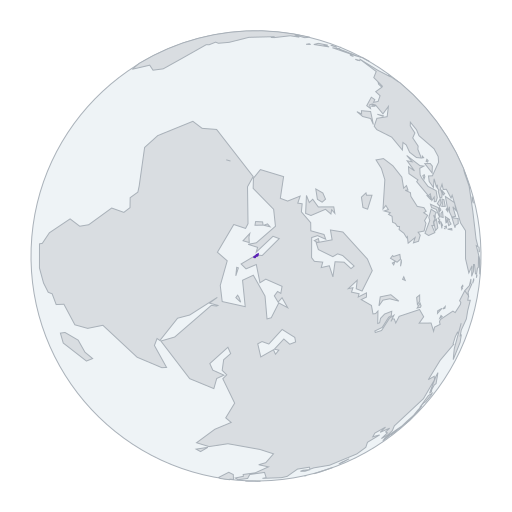 globe centered on Vlorë, rotated 92°
{"feature_id": "ALB-1504", "entity_name": "Vlorë", "entity_type": "County", "adm_level": 1, "iso_a3": "ALB", "parent_name": "Albania", "parent_adm1": "", "projection": "orthographic", "projection_center": [19.787, 40.148], "detail": "fine", "context": "on_globe", "style": "filled", "palette": "violet", "viewbox_px": 512, "rotation_deg": 92, "n_neighbors": 0, "source": "natural_earth", "source_scale": "10m", "svg_char_len": 11225}
<svg xmlns="http://www.w3.org/2000/svg" viewBox="0 0 512 512"><g transform="rotate(92 256 256)"><circle cx="256" cy="256" r="225" fill="#eef3f6" stroke="#a8b0b8"/><path d="M161.3,51.6L168.7,48.8L162.4,51.5L166.3,50.3L174.5,47.1L179.0,45.4L203.6,40.9L231.2,36.7L238.9,34.5L238.0,36.2L252.1,32.1L266.5,31.7L250.8,32.8L249.6,33.6L259.6,33.4L260.5,34.3L265.9,34.9L266.2,36.1L257.0,37.3L256.9,38.3L264.0,38.2L268.8,39.8L258.3,39.8L265.5,42.7L251.4,46.5L223.4,47.5L216.0,52.6L188.4,62.1L191.3,63.1L182.7,68.1L183.0,71.2L177.8,72.6L182.5,74.0L187.2,72.2L190.8,72.3L191.4,74.2L184.9,76.1L183.6,75.5L182.0,77.0L178.5,77.3L180.6,78.2L172.6,80.7L181.3,81.1L175.5,85.5L170.0,86.4L169.7,82.5L155.9,76.8L150.2,77.4L142.6,81.8L130.1,97.3L124.2,100.0L116.9,106.4L120.5,106.4L127.5,101.5L132.5,103.5L140.5,97.8L143.7,98.0L152.3,94.2L152.0,99.1L147.0,106.1L139.8,109.7L137.4,113.1L145.0,113.4L132.5,124.5L125.5,139.7L122.2,142.4L114.2,140.0L112.2,129.8L101.9,128.9L109.5,134.1L101.0,141.7L100.0,145.1L101.0,147.7L104.6,146.7L101.9,150.6L93.3,146.3L95.6,142.7L98.3,143.9L97.3,139.4L91.5,137.6L87.6,142.1L82.9,136.1L80.1,139.4L77.5,140.3L82.3,135.2L73.6,144.5L67.4,142.3L55.4,159.5L66.2,140.7L69.4,133.9L72.3,127.8L70.2,130.4L76.8,120.1L77.7,118.3L89.3,104.5L101.9,91.7L115.5,79.9L130.0,69.3L145.3,59.8L161.3,51.6ZM57.5,149.5L55.4,153.6L53.6,157.1L57.5,149.5ZM44.5,178.3L44.4,178.7L44.3,178.9L44.5,178.3ZM35.5,209.8L34.8,213.6L35.7,211.2L36.1,215.1L33.6,225.1L35.8,220.4L34.7,229.5L37.0,244.7L36.2,245.7L37.7,270.7L43.4,290.3L44.7,301.0L43.7,303.8L46.5,310.2L46.6,313.2L61.6,337.7L72.2,355.3L73.9,365.4L69.0,368.9L73.7,386.2L67.5,379.4L59.2,365.6L51.9,351.3L45.6,336.5L40.4,321.2L36.3,305.7L33.3,289.8L31.4,273.8L30.7,257.8L31.2,241.7L32.8,225.6L35.5,209.8ZM52.2,164.3L45.2,186.9L45.9,179.6L46.4,179.6L48.8,172.6L52.3,162.8L53.9,157.4L52.2,164.3ZM56.3,161.8L57.3,158.6L56.8,161.0L56.3,161.8ZM180.8,44.6L174.6,47.0L166.8,49.9L171.9,47.6L180.8,44.6ZM195.7,40.6L193.1,41.6L189.0,42.1L191.8,41.3L195.7,40.6ZM244.3,33.1L239.0,33.5L243.8,32.9L244.3,33.1ZM266.6,34.8L267.8,34.5L270.1,35.0L266.6,34.8ZM151.9,91.9L152.1,93.1L150.4,93.2L151.9,91.9ZM155.5,89.3L153.4,88.6L154.8,87.3L156.1,87.8L155.5,89.3ZM272.6,37.5L275.9,38.6L270.9,37.6L272.6,37.5ZM157.8,90.5L157.5,85.1L160.0,82.9L166.9,82.9L157.8,90.5ZM276.8,39.5L284.9,42.8L288.3,42.2L283.4,46.2L278.1,41.7L271.4,40.4L276.0,40.4L276.8,39.5ZM188.4,70.9L183.4,72.9L187.1,69.6L188.4,70.9ZM189.9,68.8L195.8,59.4L203.5,57.7L199.9,61.0L209.4,57.9L210.2,61.6L205.2,64.2L200.1,64.4L204.3,65.7L189.9,68.8ZM279.4,48.2L280.0,49.4L277.6,48.4L279.4,48.2ZM192.6,72.1L193.1,70.2L199.8,68.6L199.9,72.1L197.7,71.5L192.6,72.1ZM211.5,55.4L216.5,55.0L218.5,57.8L220.8,58.1L210.9,61.5L211.5,55.4ZM196.5,72.8L199.9,74.0L197.3,76.6L192.5,73.9L196.5,72.8ZM201.4,66.7L204.6,66.2L202.9,67.6L201.4,66.7ZM189.9,87.0L190.3,84.4L193.8,83.2L189.9,87.0ZM201.3,74.3L202.2,73.5L203.6,72.8L205.2,74.2L201.3,74.3ZM213.0,63.5L212.8,64.9L217.2,62.2L218.9,64.5L212.0,66.4L215.7,66.6L216.2,67.3L210.0,68.2L213.0,63.5ZM211.2,73.7L203.1,77.5L201.4,82.3L198.2,83.4L201.4,75.4L211.2,73.7ZM211.0,70.3L210.4,72.6L206.8,72.6L205.0,71.1L211.0,70.3ZM222.5,65.4L221.7,61.4L223.2,61.1L222.5,65.4ZM211.5,75.0L213.4,74.1L211.8,75.4L211.5,75.0ZM219.9,68.3L219.4,66.8L221.2,66.6L219.9,68.3ZM217.8,73.7L215.1,74.8L213.8,73.7L217.8,73.7ZM219.3,71.2L221.9,71.2L214.9,72.7L218.8,70.6L219.3,71.2ZM221.7,68.3L222.5,67.7L221.6,69.0L221.7,68.3ZM224.3,77.5L215.9,79.5L212.9,77.0L221.5,75.3L224.3,77.5ZM139.1,358.4L123.6,323.8L130.3,314.3L130.9,299.8L176.7,261.6L187.1,266.9L224.0,265.1L228.8,267.4L225.3,279.3L253.6,294.7L261.8,284.6L286.7,290.7L302.7,288.2L307.0,265.0L280.7,268.6L275.3,258.0L295.7,245.6L318.5,242.8L317.2,238.6L302.1,231.6L306.6,222.5L296.8,228.5L301.3,232.3L295.2,236.3L290.7,233.2L292.5,229.9L285.4,228.9L278.8,245.4L282.6,251.1L264.5,255.4L269.2,265.5L264.5,270.6L254.9,255.6L255.3,249.8L237.8,233.4L235.7,239.7L252.1,255.9L247.3,254.7L244.6,264.3L242.8,256.1L225.6,237.6L208.7,240.0L188.5,261.2L178.4,261.3L169.5,254.6L175.7,231.2L197.5,233.7L200.0,226.3L194.6,214.0L201.7,216.1L202.2,211.7L210.3,212.2L220.8,202.5L228.9,202.1L232.1,188.8L236.8,186.9L233.5,195.2L235.6,201.0L255.7,200.4L259.3,197.5L259.8,189.1L265.3,190.4L263.2,182.4L274.2,178.4L259.0,176.8L259.1,167.8L265.3,160.6L262.6,157.6L252.5,169.4L251.0,174.5L254.0,179.2L247.4,193.9L240.7,196.3L237.2,180.5L227.4,182.5L229.0,170.0L255.2,144.5L266.6,139.3L287.3,148.8L285.2,154.7L276.7,154.0L285.4,162.6L284.3,158.0L288.8,159.3L290.1,151.7L293.4,152.4L289.0,144.3L293.2,144.2L295.9,149.3L301.4,138.9L309.8,137.1L309.4,134.5L306.7,132.2L319.2,132.0L318.4,130.1L314.0,129.4L309.5,125.4L306.5,118.4L310.9,118.7L312.6,121.3L323.0,127.4L326.8,134.6L328.3,134.1L326.1,127.9L313.5,120.4L310.4,116.1L316.7,118.9L314.2,117.5L314.1,115.6L318.1,114.0L311.3,110.8L303.8,90.7L310.9,86.3L317.4,90.6L316.9,78.7L325.0,75.9L320.9,75.1L317.9,69.6L315.3,70.3L313.1,69.6L304.2,57.3L305.6,55.0L297.2,50.0L295.1,49.7L293.6,51.0L283.4,46.2L288.3,42.2L292.8,42.8L292.8,40.3L303.1,42.5L311.6,43.6L322.9,48.3L328.6,49.1L327.9,48.1L335.2,49.0L352.7,55.3L341.6,54.6L316.0,48.6L326.7,51.1L325.2,52.0L329.6,54.0L337.0,56.0L337.3,55.3L353.8,68.3L373.6,79.5L370.0,73.7L373.5,73.3L392.8,83.7L420.9,111.8L425.9,113.7L430.0,117.7L434.1,124.3L428.2,118.5L427.3,120.3L423.4,116.4L427.9,125.8L422.5,120.6L428.8,131.0L432.6,133.0L430.5,126.2L438.3,138.1L443.4,139.6L450.2,148.2L462.5,175.1L465.7,190.8L467.2,194.6L465.2,195.3L467.5,207.1L475.1,217.1L476.6,222.6L478.0,241.8L477.2,238.1L472.0,239.9L474.6,254.6L478.6,256.6L480.2,266.2L478.6,268.9L476.6,260.9L474.8,261.2L472.7,249.1L466.3,236.2L464.5,246.0L462.2,239.0L453.1,231.6L449.2,245.3L444.6,277.5L448.1,296.3L444.7,308.9L430.6,291.1L423.2,275.0L418.8,280.6L403.8,272.2L379.8,284.9L375.8,281.1L371.5,285.8L360.8,284.7L354.4,277.9L348.2,280.9L365.1,298.4L371.6,295.2L376.2,283.9L379.8,291.0L390.0,293.5L380.9,318.0L344.3,348.1L339.8,334.4L306.9,298.9L307.4,293.8L307.2,293.2L306.7,292.3L304.7,300.9L298.7,293.2L317.3,320.2L320.9,332.2L343.8,349.1L341.9,352.0L349.0,354.4L370.5,341.5L370.9,346.2L361.3,371.3L330.6,406.6L334.2,421.7L331.1,434.6L310.9,446.3L311.5,454.0L300.9,458.4L299.5,462.4L290.4,467.4L275.5,472.0L251.4,472.8L250.8,470.0L240.0,463.3L225.4,443.1L232.4,433.2L230.6,424.3L213.1,401.9L217.0,389.6L212.1,383.6L202.1,383.8L196.3,376.3L190.2,375.2L151.4,371.1L139.1,358.4ZM162.0,284.8L160.9,289.1L162.0,284.8ZM343.7,251.2L356.7,247.7L349.1,235.3L353.5,233.1L349.3,229.9L348.5,234.4L338.0,225.3L343.0,219.2L340.5,213.4L336.0,214.4L328.5,227.3L343.5,240.1L341.3,247.0L343.7,251.2ZM37.1,245.0L37.1,248.8L36.5,246.4L37.1,245.0ZM44.4,182.3L43.7,185.6L42.8,188.7L43.0,186.8L44.4,182.3ZM42.7,208.8L42.7,213.3L42.0,210.2L42.7,208.8ZM44.5,190.2L42.6,205.6L41.3,201.1L42.8,191.6L42.7,195.8L44.5,190.2ZM53.2,165.6L52.4,168.1L51.5,169.2L53.2,165.6ZM56.0,163.6L56.0,163.0L57.1,160.7L56.0,163.6ZM101.5,141.9L102.1,142.4L102.4,145.5L100.7,145.1L101.5,141.9ZM112.9,154.2L108.2,160.2L110.4,155.4L107.1,155.7L107.6,146.5L120.5,143.3L114.6,146.2L112.9,154.2ZM111.9,134.0L110.1,139.7L111.5,133.6L111.9,134.0ZM196.8,188.5L199.9,191.8L197.2,196.6L186.9,198.6L190.7,191.4L196.8,188.5ZM204.8,195.5L204.2,180.0L210.6,178.7L207.1,182.0L211.4,182.6L206.9,188.2L213.6,202.5L211.7,207.9L193.7,207.7L200.7,204.6L197.3,201.3L204.8,195.5ZM191.4,147.7L191.2,142.2L205.3,146.1L203.8,150.8L193.5,152.7L189.1,148.3L191.4,147.7ZM169.9,92.1L168.9,90.7L170.8,90.0L173.1,90.7L169.9,92.1ZM189.8,85.8L176.1,98.0L174.3,96.8L168.4,106.0L161.4,106.7L165.4,100.6L155.6,108.3L156.4,103.2L150.3,108.9L160.0,95.3L160.3,91.4L162.6,95.4L169.1,94.8L172.0,93.3L180.5,86.5L184.4,78.3L191.4,76.9L195.4,78.0L195.5,79.7L190.9,80.0L194.4,82.2L187.8,84.0L189.8,85.8ZM237.4,99.1L232.0,97.6L237.9,104.4L231.4,105.4L232.5,106.1L228.1,109.0L224.6,113.9L221.5,113.6L221.5,115.7L218.6,117.9L217.5,120.7L211.6,121.4L209.8,125.0L208.0,123.3L206.5,129.5L205.0,125.3L201.0,128.0L204.6,130.7L175.3,129.9L164.2,133.7L155.8,139.4L154.2,132.0L161.1,122.3L172.1,113.0L183.1,110.8L180.4,108.1L184.8,106.4L185.1,109.2L187.3,103.9L191.0,103.3L200.8,96.6L201.8,89.9L205.4,87.5L206.9,89.9L209.4,85.9L214.7,88.8L217.4,87.3L225.2,88.9L226.6,94.8L229.5,92.6L235.6,94.1L237.4,99.1ZM226.4,78.1L229.5,84.2L227.4,87.9L214.5,83.6L211.4,84.6L203.1,82.6L206.3,77.4L208.3,78.4L211.1,78.2L209.0,79.9L212.8,78.4L215.7,79.9L219.5,79.2L219.4,81.3L226.4,78.1ZM233.7,263.0L237.3,263.7L242.8,263.2L241.2,269.5L233.7,263.0ZM221.7,250.6L224.9,250.0L225.3,258.1L221.6,257.6L221.7,250.6ZM226.3,243.0L225.0,249.3L223.5,245.6L226.3,243.0ZM236.4,194.3L239.8,193.4L240.3,195.3L238.6,198.3L236.4,194.3ZM253.6,121.5L250.8,119.5L251.7,118.5L249.4,112.3L254.1,111.5L257.3,114.8L253.6,121.5ZM302.7,269.7L298.3,274.7L295.8,273.0L297.8,271.6L302.7,269.7ZM268.5,273.2L276.5,275.5L268.0,274.9L268.5,273.2ZM258.3,119.5L256.8,117.0L260.1,118.1L258.3,119.5ZM257.4,110.5L261.2,111.2L254.4,110.7L257.4,110.5ZM366.9,421.8L349.7,445.6L339.9,448.8L339.1,444.2L346.3,430.8L358.1,423.6L364.2,415.7L366.9,421.8ZM479.6,283.9L478.6,285.6L473.1,275.7L475.2,271.1L480.1,270.7L479.9,274.2L480.5,274.5L480.1,279.3L479.6,283.9ZM481.3,258.8L481.3,256.9L481.1,250.3L481.1,246.9L480.9,243.6L481.3,258.8ZM448.9,297.4L453.4,304.6L451.1,309.1L448.9,297.4ZM474.2,199.9L473.7,198.0L474.2,199.9ZM471.6,190.7L471.4,190.1L470.8,188.1L471.0,188.7L471.6,190.7ZM469.4,199.5L469.6,204.1L468.5,201.7L467.6,194.5L469.4,199.5ZM455.4,155.8L459.6,162.9L461.1,166.0L459.2,163.3L455.4,155.8ZM296.1,111.7L294.1,120.9L295.7,127.6L301.5,131.4L292.5,130.4L290.0,119.9L296.1,111.7ZM302.4,93.1L297.3,90.4L300.0,89.3L301.5,89.8L302.4,93.1ZM299.0,93.0L291.8,94.0L289.3,91.1L295.4,90.8L299.0,93.0ZM275.2,106.0L274.2,108.7L271.6,107.6L275.2,106.0ZM470.5,187.0L470.8,188.2L465.8,175.2L464.6,171.7L468.9,182.6L469.1,182.9L470.5,187.0ZM430.2,114.8L427.6,112.3L425.2,108.8L427.6,111.5L430.2,114.8ZM414.8,96.7L423.7,107.1L430.4,116.4L430.6,115.9L436.3,122.8L433.4,120.7L425.2,110.2L420.9,104.3L415.8,99.3L409.8,93.0L404.1,88.7L400.0,85.1L403.9,87.4L414.8,96.7ZM401.7,87.1L389.5,78.9L387.0,75.2L389.1,76.2L395.8,81.4L396.7,83.0L401.7,87.1ZM385.8,76.0L386.6,77.6L370.3,72.1L366.2,70.1L377.3,71.6L378.6,73.3L383.1,75.6L385.8,76.0ZM282.2,49.2L280.2,49.4L281.0,48.5L282.2,49.2ZM311.8,70.2L309.0,69.0L310.1,67.8L311.8,70.2ZM301.7,65.4L302.4,67.5L299.8,65.1L301.7,65.4ZM304.4,72.5L301.8,68.3L307.0,72.6L304.4,72.5Z" fill="#d9dde1" stroke="#a8b0b8" stroke-width="1"/><path d="M257.5,257.3L257.5,257.5L257.4,257.8L257.3,258.0L257.2,258.0L257.1,257.9L256.9,257.8L256.7,257.8L256.6,257.7L256.6,257.4L256.7,257.2L256.4,257.0L256.4,256.9L256.5,256.8L256.4,256.8L256.3,256.5L256.3,256.4L256.2,256.4L255.9,256.3L255.9,256.2L255.6,256.1L255.4,256.0L255.3,255.9L255.2,255.8L255.1,255.7L254.8,255.4L254.7,255.4L254.7,255.2L254.5,254.9L254.8,255.0L254.9,255.3L255.0,255.3L255.0,255.2L255.1,254.9L255.0,254.7L254.9,254.6L254.8,254.4L254.8,254.5L255.0,254.6L255.0,254.4L254.9,254.3L254.6,254.0L254.8,254.0L255.0,254.0L255.3,254.3L255.5,254.4L255.6,254.5L255.8,254.5L255.9,254.8L256.0,254.9L256.0,255.0L255.9,255.2L255.9,255.3L256.0,255.3L256.1,255.5L256.2,255.8L256.3,256.0L256.5,256.3L256.8,256.4L257.0,256.6L257.2,256.8L257.3,256.8L257.3,257.0L257.5,257.1L257.5,257.3L257.5,257.3Z" fill="#8b5cf6" stroke="#5b21b6" stroke-width="1.5"/></g></svg>